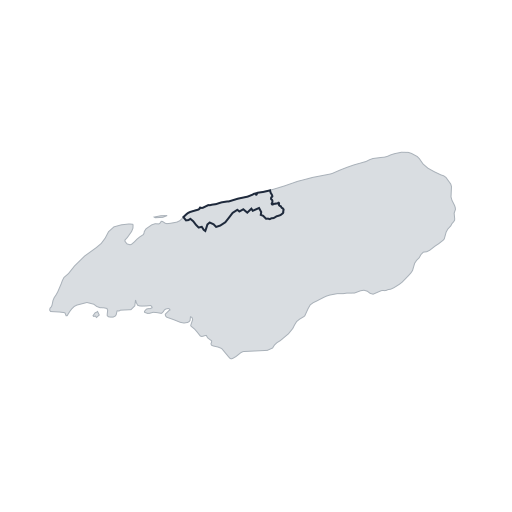 Atsinanana on a map of Madagascar (Albers equal-area conic projection), rotated 237°
{"feature_id": "MDG-5868", "entity_name": "Atsinanana", "entity_type": "Autonomous Province", "adm_level": 1, "iso_a3": "MDG", "parent_name": "Madagascar", "parent_adm1": "", "projection": "albers", "projection_center": [48.339, -18.983], "detail": "fine", "context": "in_parent", "style": "outline", "palette": "slate", "viewbox_px": 512, "rotation_deg": 237, "n_neighbors": 0, "source": "natural_earth", "source_scale": "10m", "svg_char_len": 5602}
<svg xmlns="http://www.w3.org/2000/svg" viewBox="0 0 512 512"><g transform="rotate(237 256 256)"><path d="M331.0,64.1L332.3,67.2L333.9,70.2L338.8,77.5L340.9,80.3L342.6,83.3L343.4,89.2L346.5,98.4L349.3,112.3L350.0,126.5L350.8,133.0L353.1,139.2L356.7,145.6L357.8,152.7L355.5,160.0L352.1,166.8L351.2,168.1L349.7,169.9L349.0,169.8L346.4,168.0L344.3,165.0L341.6,158.2L340.7,154.7L339.5,154.1L336.4,154.4L334.0,156.5L333.6,157.9L334.1,161.8L334.9,165.2L335.3,168.8L335.3,173.2L336.2,174.6L337.4,175.7L338.7,178.6L338.9,185.5L338.0,189.0L335.8,192.0L335.9,193.7L336.7,195.4L335.9,196.4L332.9,197.7L331.7,198.8L330.1,201.9L327.5,208.1L327.1,211.3L328.7,221.0L328.2,227.8L324.8,241.0L322.9,247.2L320.2,254.6L316.1,264.5L312.0,276.8L308.6,289.5L306.0,297.1L303.2,304.6L299.3,317.9L296.0,331.4L291.1,346.2L284.4,362.7L283.7,364.9L282.3,373.3L280.8,380.6L279.0,387.9L275.3,399.9L274.9,403.6L274.1,407.1L270.5,414.6L269.0,417.4L268.0,420.4L267.4,424.2L266.4,427.8L263.8,434.5L259.9,440.2L257.3,442.3L251.6,445.4L248.7,446.0L242.2,446.2L236.0,448.0L229.6,451.4L223.4,455.2L221.0,457.1L218.4,458.1L210.2,458.5L207.7,457.7L199.3,451.7L196.1,450.7L190.0,450.0L188.2,449.5L186.5,448.7L184.0,445.5L179.0,442.9L177.8,442.0L177.0,440.1L176.5,438.1L175.2,435.8L174.1,431.5L172.5,428.5L167.8,423.2L167.3,421.5L166.8,415.8L166.8,411.9L166.2,404.8L166.6,401.5L168.1,398.4L167.4,395.2L165.6,391.8L164.9,388.3L163.5,385.1L158.6,379.4L157.4,376.6L156.6,373.6L154.5,364.4L154.2,361.2L154.3,354.4L154.8,350.9L155.9,348.4L156.2,346.6L156.9,345.0L158.0,343.7L158.7,342.2L160.2,333.4L162.5,331.4L165.8,330.2L168.5,327.9L169.9,324.8L171.3,318.4L175.4,312.0L176.9,308.7L180.2,303.6L183.1,296.5L184.0,293.2L184.5,289.8L185.2,282.3L185.7,278.6L185.5,274.9L183.6,271.2L179.3,264.4L179.1,263.2L179.3,258.1L178.9,254.4L177.2,250.8L175.2,247.4L173.1,240.9L171.8,230.3L171.9,226.4L171.3,223.0L169.8,219.8L170.7,214.1L182.9,193.1L183.2,190.6L182.6,184.3L182.8,180.7L183.2,179.3L184.1,178.5L186.3,178.1L196.6,176.9L197.9,176.3L200.4,174.5L203.9,171.1L205.5,170.1L206.9,170.4L207.9,171.8L209.0,172.6L213.2,171.0L214.8,170.9L216.4,171.1L217.1,169.7L217.6,167.8L218.2,166.5L219.3,165.7L224.6,165.2L228.1,164.7L232.5,163.3L233.4,163.5L237.1,168.2L238.2,168.6L239.5,168.8L240.7,167.9L237.8,165.5L237.4,164.1L237.5,162.5L239.0,159.1L241.6,156.4L247.3,152.4L253.3,147.8L255.1,147.5L256.6,148.2L257.7,153.6L257.6,154.5L258.6,154.6L259.7,153.9L260.6,151.7L260.7,149.9L259.9,148.2L259.5,146.7L259.4,145.4L262.4,142.2L264.8,139.1L265.9,135.5L266.9,133.8L269.4,131.9L270.2,132.2L270.8,133.8L271.1,135.4L270.5,137.0L269.5,138.6L269.2,140.7L270.6,141.1L271.9,140.6L273.9,136.7L276.1,133.1L277.5,131.2L279.2,129.9L282.0,130.2L284.7,131.0L280.2,127.2L279.1,121.9L284.4,112.8L284.5,111.0L285.2,110.4L285.6,109.6L282.8,106.6L282.3,105.1L282.6,102.8L284.0,100.7L285.2,99.3L286.9,98.7L288.2,99.5L291.2,102.0L293.2,102.4L295.6,100.0L297.6,97.0L300.5,94.9L303.9,93.7L309.1,88.9L312.4,79.0L312.7,76.1L312.0,72.6L310.8,69.3L308.8,65.1L309.3,64.2L312.2,64.8L313.1,64.2L316.2,60.5L321.3,53.5L323.0,53.5L324.4,54.8L324.9,56.8L325.9,58.2L329.3,61.6L331.0,64.1ZM295.7,91.8L295.8,92.9L291.9,92.4L291.3,88.7L293.2,88.6L293.6,87.0L294.7,86.8L296.0,90.2L295.7,91.8ZM341.6,198.1L338.3,203.5L339.2,198.9L343.0,192.3L344.1,191.8L341.6,198.1Z" fill="#d9dde1" stroke="#a8b0b8" stroke-width="1"/><path d="M328.2,216.3L329.0,220.8L329.1,222.7L328.8,224.8L327.7,228.4L326.3,232.9L326.3,233.4L326.3,233.9L326.4,234.4L326.6,234.6L326.9,235.0L327.0,235.2L327.1,235.5L326.9,235.7L326.6,235.8L326.3,236.0L325.4,237.6L324.7,243.6L324.5,244.0L323.9,244.7L323.7,245.0L323.0,247.1L321.3,250.6L319.8,256.2L317.6,261.2L316.6,262.8L313.9,272.2L310.3,281.4L309.4,286.1L309.3,286.8L309.3,288.0L308.4,290.7L308.2,290.3L307.9,289.8L307.5,289.5L307.2,289.8L307.4,290.2L308.0,291.2L308.2,291.6L308.1,292.0L305.8,296.9L304.2,301.2L303.4,303.5L303.2,303.4L300.9,302.7L298.9,302.7L297.5,302.4L297.3,302.3L297.0,302.1L296.9,301.8L296.9,301.6L296.9,301.4L296.9,301.1L296.9,300.9L296.7,300.6L296.5,300.3L296.0,300.0L295.9,299.9L295.7,299.7L295.2,299.7L294.3,300.0L294.2,300.0L293.7,299.9L293.3,299.8L292.7,299.4L292.2,299.0L292.1,298.9L291.5,297.9L291.4,297.7L291.2,297.6L290.7,297.5L290.4,297.6L290.2,297.8L290.0,298.1L290.1,298.4L290.2,298.6L290.3,298.7L290.2,298.9L290.1,299.1L289.9,299.4L289.9,299.7L289.8,299.8L289.5,300.2L289.4,300.3L289.4,300.6L289.3,300.8L289.3,301.0L288.4,302.4L288.3,302.7L288.3,302.9L288.3,303.1L288.5,303.6L288.5,303.8L288.4,304.0L288.1,304.1L287.9,304.1L287.7,304.0L287.4,303.9L286.8,303.4L286.3,303.1L286.2,303.1L285.9,303.0L285.6,303.1L285.2,303.2L284.7,303.5L284.4,303.8L284.1,303.9L283.9,303.9L283.7,303.9L283.2,303.8L282.8,303.8L282.6,303.8L282.3,303.9L282.2,303.9L281.7,304.3L281.4,304.4L280.6,304.4L280.3,304.5L280.1,304.5L279.9,304.4L279.7,304.3L279.6,304.2L279.4,303.9L279.2,303.7L278.9,303.5L278.6,303.1L278.3,303.0L277.9,302.8L277.8,302.7L277.7,302.6L277.5,302.2L277.4,302.0L277.3,301.9L277.2,301.8L277.2,301.5L277.0,299.1L277.1,298.3L277.6,296.4L277.9,295.5L278.0,295.2L278.1,294.7L278.1,293.2L278.2,291.7L278.3,291.2L279.1,289.8L279.2,289.5L279.3,289.2L279.3,288.2L279.4,287.8L279.5,287.5L279.6,287.4L279.8,287.2L280.3,286.9L280.7,286.5L280.9,286.2L281.8,284.7L285.8,283.9L287.9,282.4L290.0,284.3L294.6,284.7L295.7,277.9L298.2,277.9L297.1,272.3L302.1,270.8L302.4,266.3L304.9,265.5L304.9,259.9L302.5,253.1L301.0,248.6L301.0,242.6L302.1,238.4L305.7,237.7L309.3,235.4L308.9,232.4L306.4,229.4L304.6,227.1L306.4,226.4L310.0,226.4L311.1,223.4L315.0,222.6L319.3,222.3L322.9,221.2L322.9,218.9L324.0,216.7L328.2,216.3Z" fill="none" stroke="#1e293b" stroke-width="2"/></g></svg>